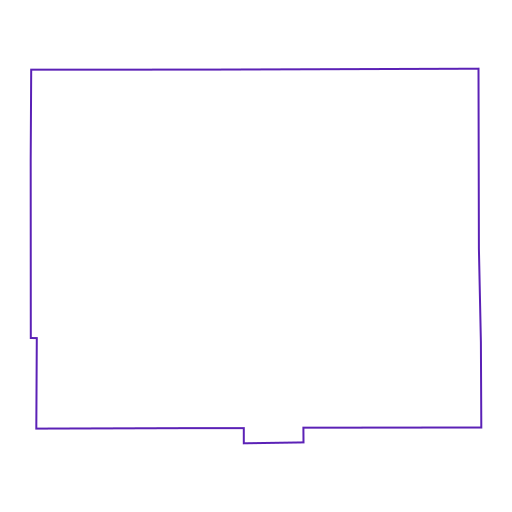 the district of Rice, Kansas, United States of America
{"feature_id": "52423323B49565855345372", "entity_name": "Rice", "entity_type": "district", "adm_level": 2, "iso_a3": "USA", "parent_name": "United States of America", "parent_adm1": "Kansas", "projection": "orthographic", "projection_center": [-98.203, 38.341], "detail": "fine", "context": "isolated", "style": "outline", "palette": "violet", "viewbox_px": 512, "rotation_deg": 0, "n_neighbors": 0, "source": "geoboundaries", "source_scale": "gbopen_adm2", "svg_char_len": 310}
<svg xmlns="http://www.w3.org/2000/svg" viewBox="0 0 512 512"><path d="M478.5,68.7L210.8,69.6L31.2,69.7L30.7,159.3L30.8,338.0L36.8,338.1L36.3,428.6L199.6,428.1L243.8,428.1L243.8,443.3L303.5,442.4L303.4,427.7L481.3,427.5L480.9,342.3L478.9,248.5L478.5,68.7Z" fill="none" stroke="#5b21b6" stroke-width="2"/></svg>